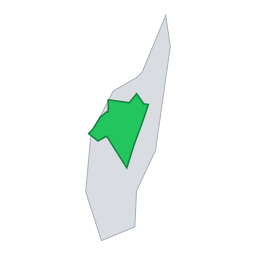 Palau, with Ngeremlengui highlighted
{"feature_id": "PLW-5256", "entity_name": "Ngeremlengui", "entity_type": "state/province", "adm_level": 1, "iso_a3": "PLW", "parent_name": "Palau", "parent_adm1": "", "projection": "natural_earth1", "projection_center": [134.562, 7.532], "detail": "fine", "context": "in_parent", "style": "filled", "palette": "green", "viewbox_px": 256, "rotation_deg": 0, "n_neighbors": 0, "source": "natural_earth", "source_scale": "10m", "svg_char_len": 529}
<svg xmlns="http://www.w3.org/2000/svg" viewBox="0 0 256 256"><path d="M134.9,226.9L101.4,240.6L85.7,191.6L90.9,134.8L113.1,91.1L137.3,77.1L142.2,72.1L165.7,15.4L170.3,46.7L155.5,150.5L136.5,190.9L134.9,226.9Z" fill="#d9dde1" stroke="#a8b0b8" stroke-width="1"/><path d="M97.9,141.0L88.6,133.6L92.9,129.0L100.3,116.9L106.9,111.7L107.8,112.1L108.3,108.6L108.2,99.8L129.3,102.7L136.6,93.7L143.8,103.9L148.4,104.5L141.7,124.3L134.5,143.4L126.8,168.0L106.7,136.2L97.9,141.0Z" fill="#22c55e" stroke="#15803d" stroke-width="1.5"/></svg>